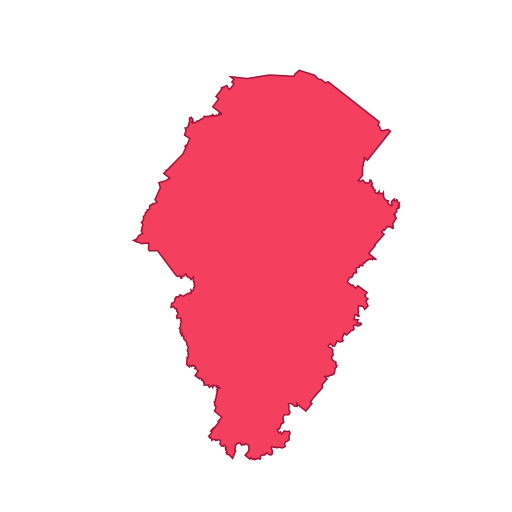 outline of Dubbo, New South Wales, Australia, rotated 30°
{"feature_id": "25037944B69125352721348", "entity_name": "Dubbo", "entity_type": "district", "adm_level": 2, "iso_a3": "AUS", "parent_name": "Australia", "parent_adm1": "New South Wales", "projection": "orthographic", "projection_center": [148.966, -32.475], "detail": "fine", "context": "isolated", "style": "filled", "palette": "rose", "viewbox_px": 512, "rotation_deg": 30, "n_neighbors": 0, "source": "geoboundaries", "source_scale": "gbopen_adm2", "svg_char_len": 6142}
<svg xmlns="http://www.w3.org/2000/svg" viewBox="0 0 512 512"><g transform="rotate(30 256 256)"><path d="M363.6,422.6L363.5,420.9L367.0,421.4L368.6,420.6L369.0,419.5L367.8,416.8L365.0,414.5L365.0,413.1L367.4,412.8L368.6,411.5L369.9,411.7L371.8,410.0L374.6,409.2L376.4,406.7L376.3,405.8L374.7,404.5L374.3,403.1L376.7,398.8L374.3,394.9L374.3,392.6L372.5,391.1L370.1,392.8L368.0,393.3L367.2,397.4L365.0,396.2L364.1,397.9L361.4,395.8L362.7,393.9L361.9,388.5L363.3,386.3L360.0,382.3L359.8,380.6L360.6,378.7L363.2,377.6L364.0,375.6L363.0,373.6L361.4,373.0L360.0,370.0L358.3,368.2L358.4,367.2L361.0,366.1L364.5,366.8L366.9,365.5L365.1,363.5L376.7,365.4L378.2,355.8L376.2,355.5L376.4,351.5L379.3,337.0L378.8,335.5L377.7,334.6L379.0,326.8L375.7,326.2L376.0,325.5L379.2,323.9L379.1,323.1L381.4,321.0L382.6,318.7L380.7,313.5L381.2,312.5L380.8,310.3L379.2,310.1L378.6,308.2L374.8,307.9L372.6,306.7L371.9,305.8L372.4,302.9L371.3,302.2L369.3,298.8L366.1,298.0L364.3,298.7L363.5,297.7L364.2,294.7L368.0,295.8L368.6,295.3L369.1,293.6L368.6,289.2L371.9,288.3L373.5,286.8L373.8,285.7L372.2,284.6L371.6,283.2L371.1,278.7L373.9,279.2L375.8,273.1L377.4,271.3L377.3,270.1L375.4,268.0L375.3,266.9L377.6,265.6L379.4,265.7L381.3,262.9L380.8,261.8L380.0,261.8L376.9,263.5L376.3,260.1L372.9,261.9L371.6,259.3L371.2,257.3L372.4,256.7L374.7,257.2L375.3,256.4L373.1,254.9L372.4,252.5L370.7,250.8L370.0,247.5L374.1,246.2L376.9,247.9L378.0,243.2L373.7,240.2L374.4,237.1L370.7,236.7L370.8,235.9L369.9,235.7L370.5,232.1L359.1,230.8L358.6,234.0L354.1,232.8L353.2,233.7L348.0,232.9L347.8,228.3L349.7,226.3L349.3,221.8L351.4,220.3L348.9,217.0L349.3,215.7L351.1,214.1L350.6,212.1L353.3,211.1L352.4,208.7L353.7,207.5L353.6,206.2L355.2,202.8L357.9,200.6L358.8,200.9L358.8,199.6L362.2,199.0L352.4,197.5L354.0,187.4L353.2,187.2L356.1,173.1L352.8,172.6L353.3,169.3L354.4,169.4L355.0,164.5L356.8,164.3L357.0,163.4L360.4,163.9L360.9,163.2L358.3,159.5L358.5,153.0L356.6,152.3L356.1,151.0L354.7,151.1L355.7,147.4L354.3,144.7L355.8,143.2L355.6,142.0L354.9,142.4L354.1,141.4L354.9,140.2L353.7,139.6L353.7,138.3L351.5,138.4L350.1,136.9L349.3,137.2L349.3,138.6L347.8,139.1L347.2,137.7L346.3,139.8L346.3,141.7L348.5,144.0L347.6,144.8L345.4,144.7L343.1,143.7L343.0,142.0L341.0,142.7L338.9,142.4L336.8,140.8L334.5,137.2L334.5,138.6L333.7,139.4L332.6,139.2L331.2,140.5L330.2,138.4L329.6,141.1L327.5,141.6L326.5,140.6L326.6,139.6L323.7,138.8L322.7,137.6L320.7,137.9L320.8,135.5L317.6,132.8L316.7,133.3L317.5,135.8L316.6,136.9L313.9,138.0L310.4,136.8L309.3,139.1L306.9,139.7L307.9,132.9L303.8,125.7L303.6,123.6L302.4,121.9L302.2,119.2L300.8,116.7L304.6,117.4L310.1,80.8L307.2,80.3L302.4,84.7L299.8,83.7L298.5,82.2L296.5,81.9L295.6,78.2L231.5,69.0L229.3,71.3L224.0,70.6L221.5,71.8L216.6,70.1L200.6,73.6L198.8,78.7L199.0,81.4L177.0,92.6L159.7,106.7L144.3,113.5L148.6,114.1L148.1,117.5L150.9,117.9L149.9,124.8L147.4,124.4L145.6,123.0L141.9,127.9L142.9,128.7L141.6,137.9L145.2,138.6L143.9,148.5L154.9,149.9L155.3,150.9L154.6,151.4L152.7,151.1L153.1,153.6L151.3,153.7L151.1,155.1L149.2,155.2L148.7,156.0L147.5,155.4L147.4,156.1L148.2,156.7L145.8,157.8L145.1,159.4L144.2,159.2L143.2,160.4L141.4,160.7L141.2,164.0L139.8,165.2L138.9,167.8L137.4,168.5L136.8,170.8L135.1,171.6L134.5,172.7L133.4,172.1L133.9,170.5L133.3,169.6L130.6,168.2L129.4,169.9L131.2,172.7L132.5,178.3L131.9,179.7L130.6,180.5L132.7,182.6L133.7,187.1L139.8,187.3L140.9,195.0L140.0,195.0L139.7,196.7L141.0,196.9L141.7,204.2L136.0,226.2L135.3,226.6L135.8,227.1L134.8,230.6L142.5,231.8L139.8,236.3L135.2,241.1L139.0,244.6L140.4,257.8L143.2,258.7L142.3,260.9L140.5,262.4L138.8,265.6L140.2,268.5L140.0,269.7L138.8,270.3L139.3,271.9L138.6,273.9L139.5,275.6L138.8,278.1L140.4,280.8L140.0,284.3L141.5,284.6L142.6,285.9L143.1,289.1L144.1,289.8L143.9,291.5L146.4,293.2L144.4,296.8L144.1,302.3L143.5,302.0L142.2,303.7L146.7,303.4L147.6,302.6L150.4,302.7L156.7,298.5L159.3,303.6L161.0,304.9L168.0,300.6L195.8,312.5L198.3,313.0L200.2,311.2L201.9,312.7L202.8,312.4L202.4,310.2L204.0,308.9L203.7,307.6L204.5,306.5L206.6,308.3L210.2,308.2L211.5,309.0L212.4,305.7L214.6,309.5L215.8,309.6L216.7,311.9L218.2,312.6L217.8,314.8L218.9,317.1L218.3,318.1L216.7,317.8L218.4,320.5L217.2,320.9L216.9,321.9L215.5,322.6L213.4,327.1L209.6,327.6L209.2,330.5L207.3,331.1L207.2,333.9L208.1,335.5L207.8,338.0L206.5,339.0L208.1,343.0L210.2,341.1L212.3,342.1L213.7,341.5L214.9,343.4L217.1,344.3L217.4,348.1L219.0,349.6L220.5,348.0L222.2,347.6L222.9,349.6L224.3,350.0L224.5,352.5L225.9,355.0L225.7,357.0L228.2,357.7L227.7,359.0L228.1,359.6L230.4,361.3L230.8,360.0L231.7,362.2L233.4,361.6L234.6,363.8L238.6,365.0L240.6,367.5L243.0,368.7L243.9,372.5L245.5,373.0L245.9,374.8L246.6,374.8L247.2,375.9L247.7,377.3L247.0,378.1L247.7,378.2L247.8,380.1L250.4,384.7L253.8,385.3L253.4,383.6L255.4,383.9L255.7,382.4L256.9,382.6L257.0,381.9L259.3,382.3L259.0,384.6L259.5,383.7L263.6,384.4L263.1,388.4L263.8,388.6L263.7,389.7L262.4,390.0L268.4,390.6L268.5,389.8L271.1,389.9L271.0,390.6L273.7,390.9L274.2,392.2L275.4,392.6L275.6,393.8L279.1,391.6L281.3,393.1L282.4,390.3L284.3,391.6L284.0,389.0L285.9,388.8L287.0,387.7L287.5,387.8L287.5,389.3L289.4,388.1L289.5,388.7L290.5,388.6L289.3,389.6L288.7,391.2L290.1,391.6L289.8,392.7L291.0,394.1L290.7,394.7L292.5,399.4L292.4,400.5L293.2,401.3L292.8,403.5L293.6,403.7L294.9,406.1L296.7,406.5L297.4,408.2L297.5,411.0L306.9,412.7L306.0,418.3L307.0,418.4L305.4,427.9L304.9,427.0L304.2,430.3L306.0,430.6L305.2,436.0L306.3,435.9L306.9,436.7L308.4,436.1L309.9,437.7L310.3,436.5L312.7,435.4L313.4,435.8L313.5,435.1L314.4,435.2L315.0,434.1L316.7,433.5L318.4,434.6L318.5,436.6L321.3,437.9L321.9,436.9L322.7,437.1L323.1,435.6L325.0,436.1L325.2,437.0L326.1,437.0L326.0,438.5L328.6,440.1L328.4,441.2L329.8,441.6L330.2,442.3L331.7,441.5L337.0,443.0L335.7,434.7L334.0,434.2L334.2,433.0L333.0,430.5L333.4,427.9L335.6,425.7L338.2,427.2L338.8,425.5L340.4,425.5L340.9,423.4L344.6,423.8L347.2,428.3L346.2,434.0L352.3,435.0L352.6,433.1L354.7,433.9L355.3,433.0L356.7,433.1L356.8,432.2L357.4,432.3L359.1,430.2L360.9,430.1L361.2,429.3L360.0,427.7L360.0,426.8L361.5,424.7L362.7,424.4L362.8,423.1L363.6,422.6Z" fill="#f43f5e" stroke="#9f1239" stroke-width="1.5"/></g></svg>